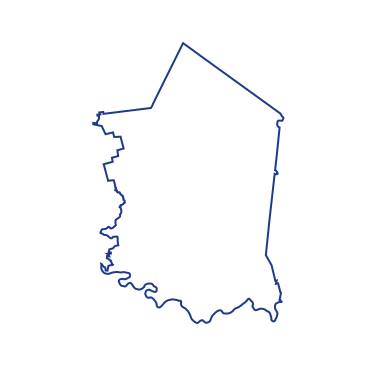 Camargo, Tamaulipas, Mexico, rotated 165°
{"feature_id": "50627088B36916974246303", "entity_name": "Camargo", "entity_type": "district", "adm_level": 2, "iso_a3": "MEX", "parent_name": "Mexico", "parent_adm1": "Tamaulipas", "projection": "orthographic", "projection_center": [-98.799, 26.181], "detail": "fine", "context": "isolated", "style": "outline", "palette": "blue", "viewbox_px": 384, "rotation_deg": 165, "n_neighbors": 0, "source": "geoboundaries", "source_scale": "gbopen_adm2", "svg_char_len": 5947}
<svg xmlns="http://www.w3.org/2000/svg" viewBox="0 0 384 384"><g transform="rotate(165 192 192)"><path d="M162.1,338.1L206.3,287.9L208.2,285.5L209.9,283.8L257.3,290.4L257.0,292.3L260.9,292.8L260.5,290.8L263.4,291.2L263.5,290.3L262.6,290.3L261.9,289.7L262.6,288.4L262.7,287.4L263.1,286.6L264.0,285.6L264.4,285.3L265.5,284.4L265.9,283.0L267.3,283.4L269.5,284.3L269.8,283.0L264.3,280.1L262.2,279.2L260.5,270.2L252.9,270.0L252.9,265.3L246.7,263.9L246.8,251.7L253.3,251.6L254.0,245.8L260.5,245.8L260.8,241.7L270.1,241.7L270.1,224.5L269.3,224.5L264.5,223.6L264.5,220.5L264.7,217.0L264.9,216.5L264.8,215.8L264.4,215.7L264.4,215.3L265.2,214.5L265.6,213.9L265.7,213.5L265.4,213.3L265.2,213.2L264.7,213.3L264.3,213.3L264.1,213.1L264.2,212.8L264.4,212.6L264.5,212.0L264.2,211.4L263.9,210.7L263.5,210.7L263.2,210.8L262.8,210.8L262.0,210.4L261.8,209.8L261.9,209.4L261.9,208.9L261.5,208.6L261.3,207.9L261.2,207.4L260.7,206.8L260.0,206.6L259.9,206.3L260.1,205.5L259.8,205.0L259.9,204.8L260.1,204.6L260.1,204.4L259.8,204.2L259.7,203.9L259.8,203.6L260.1,203.4L260.2,203.0L260.2,202.5L260.2,202.2L259.4,201.4L259.3,201.1L259.4,200.6L259.7,200.2L259.8,199.8L259.7,199.6L259.7,199.1L260.1,199.0L260.4,199.1L260.7,199.0L261.0,198.5L261.6,198.1L262.4,197.8L263.5,197.9L264.3,197.8L264.6,197.6L264.4,197.2L264.4,196.9L264.6,196.6L265.3,196.4L265.7,196.3L265.9,196.1L265.0,194.9L265.0,194.4L265.2,191.6L266.1,189.8L267.3,189.1L267.6,187.3L268.2,186.6L272.8,184.9L273.3,184.2L273.9,182.1L274.1,180.0L274.3,179.5L277.7,177.9L279.7,177.7L280.1,178.0L281.2,179.7L282.0,180.0L283.0,179.3L284.8,178.8L285.6,178.8L288.4,179.2L289.0,178.9L290.8,176.7L291.0,176.1L290.5,175.6L290.0,175.5L288.8,174.3L288.1,173.4L285.8,172.5L285.1,171.9L284.5,171.1L284.0,170.4L283.5,169.4L282.6,168.5L281.8,168.1L281.3,168.1L280.8,168.4L280.5,168.8L280.0,169.0L279.5,169.1L276.4,168.5L275.9,168.3L275.6,168.0L275.5,167.7L276.5,164.0L277.0,160.5L277.0,159.6L280.4,159.7L283.1,158.0L286.6,158.0L288.0,155.7L286.0,154.5L286.3,153.5L289.7,154.2L288.9,153.3L288.6,152.3L288.5,151.4L288.5,151.2L290.6,152.2L291.4,150.1L290.4,149.3L290.1,149.1L290.0,148.8L289.7,148.3L289.4,148.1L288.5,147.2L288.1,146.4L288.5,146.1L288.0,144.8L287.9,143.5L287.7,142.8L287.2,142.3L287.6,142.0L288.1,142.5L288.3,142.5L289.2,142.2L290.7,142.4L291.8,142.3L294.0,137.9L295.7,138.6L295.3,141.5L296.0,141.9L296.4,142.3L297.6,144.8L297.9,145.8L298.3,146.1L298.3,145.4L298.6,144.3L299.1,142.8L299.3,141.9L299.4,141.2L299.2,139.5L298.6,137.9L297.8,136.6L297.3,136.1L296.5,135.6L295.5,135.1L294.3,134.7L293.3,134.5L291.4,134.7L289.8,134.8L286.9,134.5L285.3,134.2L283.3,133.4L281.1,132.6L279.8,132.5L278.6,132.3L274.1,130.1L273.6,129.5L273.3,129.0L273.3,128.6L273.3,127.9L273.4,127.3L273.7,126.7L274.0,126.3L274.4,126.0L275.2,125.7L277.8,125.1L279.2,125.1L280.1,125.3L281.8,126.2L282.8,126.3L283.9,126.3L284.7,126.1L285.3,125.6L285.7,124.9L285.9,124.1L285.7,123.4L285.4,121.4L285.0,120.6L284.7,120.1L284.2,119.6L283.4,119.1L282.3,118.7L281.2,118.1L280.7,118.1L280.1,118.2L278.8,119.2L277.2,120.1L275.9,120.3L275.4,120.2L274.8,119.8L274.0,118.8L273.4,117.0L273.0,115.8L272.4,114.3L271.9,113.6L271.2,112.9L268.4,111.4L267.1,111.3L265.2,111.5L262.9,112.6L262.6,112.8L262.3,113.6L261.5,114.3L260.7,114.6L259.9,114.8L258.9,114.9L257.8,114.9L255.5,114.2L254.4,113.5L253.7,112.4L253.4,111.2L252.8,110.5L251.8,109.7L251.3,109.0L251.0,108.3L251.1,107.5L251.9,105.5L252.4,105.1L253.3,105.0L254.5,105.4L255.9,106.4L257.3,107.6L258.3,108.5L258.9,108.8L259.8,108.9L260.8,108.8L261.5,108.6L262.2,108.0L262.5,107.6L263.2,106.4L263.5,105.8L263.5,105.0L263.3,103.5L262.7,102.1L262.3,101.5L261.6,101.1L260.9,101.0L259.6,101.0L258.5,100.5L257.5,99.4L256.7,98.1L255.8,96.0L255.2,94.0L255.1,93.3L255.2,92.7L255.5,91.5L255.5,91.0L255.2,90.2L254.8,89.7L254.5,89.3L254.1,89.1L253.4,89.0L252.7,89.0L251.0,89.7L246.7,92.6L246.0,92.9L243.5,93.6L242.3,93.6L239.9,93.5L238.8,93.4L235.9,92.2L234.3,91.4L233.6,91.1L233.0,90.3L232.6,90.1L232.1,90.2L231.6,90.1L230.9,89.4L230.8,89.1L230.8,88.6L231.4,87.6L231.6,87.0L231.7,86.2L231.7,85.5L231.6,84.9L230.8,83.5L228.6,81.2L227.9,80.1L226.8,78.1L225.9,75.1L225.7,74.1L225.6,72.1L225.4,70.3L225.0,69.0L224.6,68.2L222.8,65.6L221.9,64.7L221.4,64.4L220.9,64.2L220.5,64.1L219.8,64.3L217.4,65.4L216.0,65.6L215.3,65.5L214.9,65.3L214.5,64.8L214.3,64.3L213.1,62.7L212.5,62.2L212.0,62.0L211.4,61.9L209.3,62.1L208.7,62.3L208.0,62.8L207.3,63.5L206.6,64.6L204.9,66.7L204.2,67.3L201.0,69.2L198.4,70.4L197.4,70.6L195.9,70.5L195.2,70.4L194.5,70.0L194.2,69.6L193.5,67.6L193.3,67.1L192.7,66.5L189.8,65.5L187.8,65.3L186.8,65.3L185.7,65.6L183.8,66.2L181.8,67.6L180.6,68.1L179.2,68.4L176.5,68.8L174.0,69.7L172.2,70.6L169.3,71.6L168.0,72.4L166.0,73.7L165.5,74.1L165.1,74.3L164.4,74.0L164.0,73.5L163.7,72.9L163.3,72.1L162.6,70.9L162.2,70.1L162.0,68.8L162.1,67.7L163.0,66.6L163.1,66.4L163.2,65.9L163.1,65.1L162.8,64.5L162.2,62.4L161.9,61.9L161.0,61.3L160.7,61.3L159.2,61.3L157.3,61.6L155.7,61.5L154.2,61.0L153.5,60.6L152.5,60.0L151.3,58.8L150.2,57.3L149.1,56.7L148.5,55.8L148.0,54.3L148.0,53.4L148.0,51.9L147.9,50.2L148.3,48.4L148.4,47.7L148.1,47.2L147.7,46.6L146.9,46.0L146.4,45.9L145.9,45.9L145.0,46.4L144.0,47.8L142.9,48.9L142.0,50.3L141.1,52.0L140.8,52.9L140.8,53.5L141.6,56.3L141.8,58.0L141.8,58.8L141.6,59.9L141.3,60.7L140.4,62.0L139.6,62.5L138.8,62.7L137.4,63.0L136.2,63.1L135.3,63.0L134.4,62.8L133.3,62.2L134.1,63.1L135.0,63.9L134.6,64.6L135.4,65.0L132.4,71.0L132.2,71.8L132.6,72.0L132.5,80.9L132.6,81.0L132.6,81.6L134.7,81.6L133.1,84.6L134.5,84.6L134.1,100.7L137.0,111.9L124.5,144.7L107.5,188.0L107.2,187.7L106.6,187.4L106.0,187.6L105.5,187.2L104.8,187.3L104.6,187.5L104.4,188.2L104.6,188.4L105.0,190.1L105.3,190.9L105.6,191.2L106.1,191.5L100.9,204.8L90.7,231.6L91.5,232.3L92.0,233.2L92.4,234.8L92.2,235.5L90.9,238.2L90.4,238.4L89.7,238.5L88.6,238.3L87.1,237.6L86.6,237.5L86.0,237.9L85.1,238.8L84.6,239.6L84.6,240.4L85.6,242.2L86.3,244.9L147.9,320.5L150.5,323.8L162.1,338.1Z" fill="none" stroke="#1e3a8a" stroke-width="2"/></g></svg>